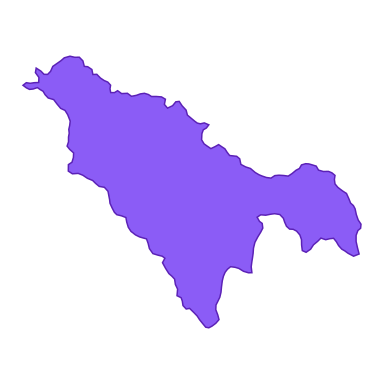 Catuti, Minas Gerais, Brazil (Robinson projection)
{"feature_id": "56859067B68973211377835", "entity_name": "Catuti", "entity_type": "district", "adm_level": 2, "iso_a3": "BRA", "parent_name": "Brazil", "parent_adm1": "Minas Gerais", "projection": "robinson", "projection_center": [-43.092, -15.341], "detail": "fine", "context": "isolated", "style": "filled", "palette": "violet", "viewbox_px": 384, "rotation_deg": 0, "n_neighbors": 0, "source": "geoboundaries", "source_scale": "gbopen_adm2", "svg_char_len": 3069}
<svg xmlns="http://www.w3.org/2000/svg" viewBox="0 0 384 384"><path d="M335.0,175.4L331.9,172.8L328.5,171.4L323.3,171.5L318.5,170.1L316.2,166.1L312.0,164.8L308.8,163.9L305.6,163.7L301.5,164.9L299.4,168.5L296.1,170.2L292.0,173.6L288.2,176.1L283.7,175.5L278.9,175.2L274.8,175.6L271.0,178.1L266.4,177.5L262.3,176.1L259.1,174.8L255.2,172.5L250.5,168.5L245.6,166.9L240.9,164.4L239.7,158.8L236.7,156.3L233.2,155.9L229.6,155.5L227.0,152.1L224.9,148.8L221.7,146.7L218.6,144.6L215.1,146.6L210.9,148.6L206.9,145.9L204.1,143.9L201.6,139.8L201.9,133.7L203.3,129.8L206.4,128.0L208.8,124.8L204.3,122.9L200.4,123.8L197.3,123.1L194.7,121.2L191.0,118.1L187.4,115.1L186.1,110.1L182.1,105.8L179.2,101.4L175.8,101.8L172.6,105.7L167.5,108.1L164.4,104.4L165.4,99.2L161.5,96.9L156.5,96.5L151.5,96.5L148.4,94.5L144.4,93.3L140.3,93.9L136.5,95.3L131.5,96.3L127.4,93.3L121.6,93.6L117.6,90.7L114.5,92.6L110.7,92.6L110.0,88.8L110.6,85.2L107.8,82.1L104.1,80.5L100.4,78.0L96.8,74.3L92.9,74.5L91.9,69.5L87.7,66.7L84.3,66.4L82.9,60.9L79.3,57.2L74.8,57.3L70.0,56.2L64.3,57.8L60.7,60.9L57.4,63.2L52.8,66.4L50.6,71.3L47.6,74.4L44.0,74.3L40.9,71.1L36.2,68.1L35.4,72.6L38.9,77.4L38.7,82.5L34.2,82.7L30.2,83.3L26.3,82.7L23.0,85.3L26.3,87.8L29.5,89.4L33.2,89.0L37.4,87.6L40.2,89.6L43.1,91.3L45.1,94.7L48.2,98.0L53.7,99.6L57.1,104.1L60.7,108.4L65.0,110.4L67.7,114.7L70.2,121.1L69.7,125.4L68.8,129.4L69.2,133.3L68.5,137.0L68.5,141.9L67.1,146.1L69.7,149.4L73.6,152.9L73.4,157.5L72.0,162.2L68.4,164.6L68.3,171.1L72.4,173.8L78.2,173.4L82.8,175.2L87.4,178.3L92.7,180.5L95.6,183.4L99.2,186.4L104.4,187.3L108.0,191.3L108.9,196.0L109.6,199.7L110.0,203.3L112.1,207.9L114.4,212.3L116.8,214.7L121.4,215.8L125.9,217.5L126.7,222.0L128.3,227.3L131.0,231.4L135.5,234.9L139.5,236.9L142.9,237.9L146.5,238.9L148.1,243.3L149.4,248.6L152.9,253.6L158.1,255.2L162.2,256.2L164.9,258.2L162.5,262.7L165.6,268.4L168.9,273.6L171.9,276.2L174.6,279.1L175.4,284.5L177.6,289.1L177.0,295.7L181.1,297.7L182.3,301.1L183.0,305.6L186.2,309.0L189.6,308.4L193.6,312.3L197.1,315.9L199.5,319.6L202.8,323.7L205.7,327.2L208.8,327.8L211.9,326.2L215.8,323.3L219.0,319.6L217.8,315.0L215.8,309.7L216.0,305.0L217.9,301.2L219.8,297.3L221.0,292.2L221.5,286.9L222.3,280.8L223.4,276.3L225.1,272.3L227.5,269.2L230.6,266.7L235.1,267.3L238.8,268.4L243.5,271.3L248.5,272.8L251.9,272.7L251.2,266.8L251.9,261.5L252.5,257.8L253.1,253.5L253.5,248.1L254.9,242.4L257.8,236.9L260.7,232.2L262.8,228.1L262.2,223.4L259.5,221.4L257.1,217.2L260.7,214.8L265.7,215.2L270.8,214.2L274.6,213.7L279.8,214.5L283.4,218.3L284.6,222.0L286.5,226.3L289.6,229.1L293.2,229.3L296.6,231.1L299.9,235.0L301.5,239.7L301.6,245.0L302.3,250.6L306.1,252.3L310.6,249.2L313.5,244.8L317.6,241.4L320.9,238.1L325.7,239.7L329.8,238.7L333.6,238.3L336.4,241.8L338.6,245.6L341.7,249.1L344.8,250.9L348.1,253.3L353.6,256.2L359.1,254.0L357.5,247.8L356.1,241.5L356.1,235.4L357.9,230.5L360.6,228.3L361.0,224.2L358.2,220.0L356.3,214.5L355.1,208.8L353.4,205.6L350.6,203.1L348.8,198.6L346.5,193.5L342.2,190.7L337.8,187.3L335.0,183.9L334.4,179.5L335.0,175.4Z" fill="#8b5cf6" stroke="#5b21b6" stroke-width="1.5"/></svg>